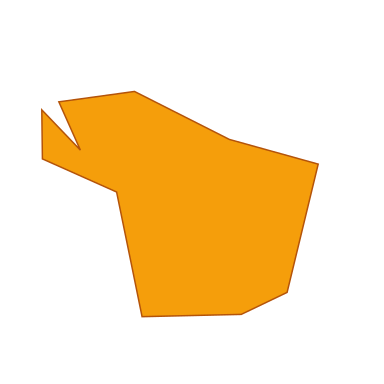 outline of Martinsville, Virginia, United States of America, rotated 159°
{"feature_id": "52423323B40390347243240", "entity_name": "Martinsville", "entity_type": "district", "adm_level": 2, "iso_a3": "USA", "parent_name": "United States of America", "parent_adm1": "Virginia", "projection": "robinson", "projection_center": [-79.858, 36.679], "detail": "fine", "context": "isolated", "style": "filled", "palette": "amber", "viewbox_px": 384, "rotation_deg": 159, "n_neighbors": 0, "source": "geoboundaries", "source_scale": "gbopen_adm2", "svg_char_len": 322}
<svg xmlns="http://www.w3.org/2000/svg" viewBox="0 0 384 384"><g transform="rotate(159 192 192)"><path d="M64.2,172.8L138.3,227.7L209.7,306.5L284.0,323.9L281.2,271.1L302.8,322.5L319.8,276.5L262.4,219.0L275.0,143.1L283.3,93.5L189.9,60.1L139.2,64.2L64.2,172.8Z" fill="#f59e0b" stroke="#b45309" stroke-width="1.5"/></g></svg>